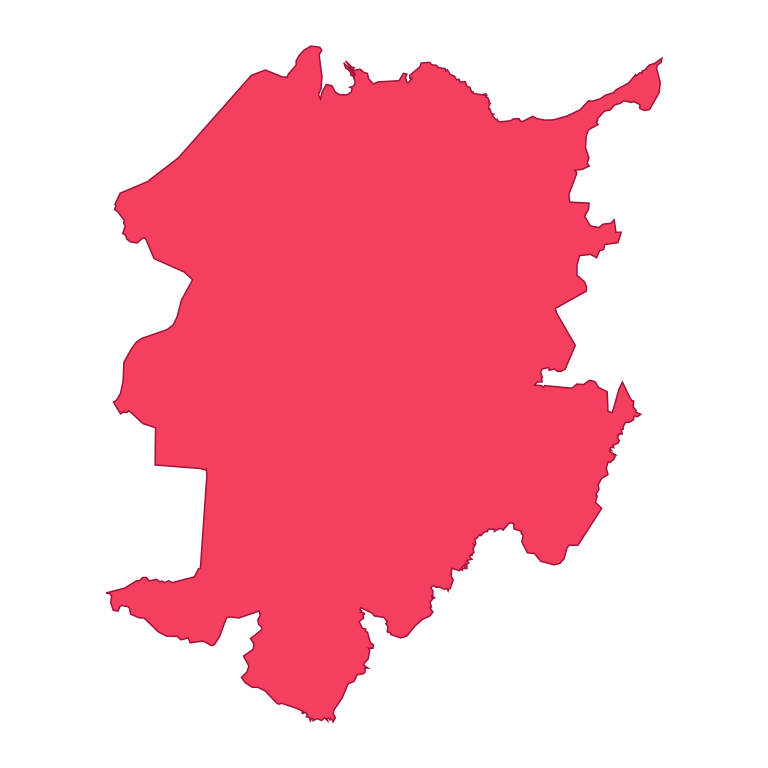 Mahates, Bolívar, Colombia
{"feature_id": "7082276B15071329852388", "entity_name": "Mahates", "entity_type": "district", "adm_level": 2, "iso_a3": "COL", "parent_name": "Colombia", "parent_adm1": "Bolívar", "projection": "orthographic", "projection_center": [-75.154, 10.168], "detail": "fine", "context": "isolated", "style": "filled", "palette": "rose", "viewbox_px": 768, "rotation_deg": 0, "n_neighbors": 0, "source": "geoboundaries", "source_scale": "gbopen_adm2", "svg_char_len": 6030}
<svg xmlns="http://www.w3.org/2000/svg" viewBox="0 0 768 768"><path d="M106.1,593.0L109.9,593.8L111.6,596.1L110.7,602.8L113.3,610.3L118.1,611.1L119.8,606.7L121.7,605.5L127.7,606.6L129.3,607.6L130.6,614.2L139.6,617.9L144.0,617.9L158.3,631.9L166.5,636.1L177.2,636.4L180.9,639.8L188.3,637.9L190.1,642.8L203.0,641.0L211.5,645.6L214.2,644.8L219.3,637.1L226.5,617.8L230.3,616.9L238.7,618.0L259.4,611.0L260.2,615.7L257.9,619.5L258.1,621.7L258.8,624.7L261.4,626.7L261.7,629.7L250.5,638.6L253.9,643.8L253.5,647.6L253.0,649.4L243.5,656.1L248.9,666.0L246.9,672.0L241.4,677.5L245.3,682.8L252.2,687.2L258.1,687.4L265.2,691.0L276.8,703.2L278.9,704.2L281.5,703.3L295.8,708.0L302.2,711.0L302.1,713.7L303.1,711.7L303.5,713.2L305.4,712.4L307.5,715.1L306.3,716.7L309.5,717.4L310.3,720.9L311.8,718.4L313.2,719.2L312.9,720.6L317.4,718.7L321.6,720.5L324.5,717.8L327.5,720.7L326.9,718.7L329.9,718.0L329.4,719.8L332.5,719.8L333.1,721.9L335.4,717.7L333.2,713.6L333.8,710.2L342.2,697.9L348.1,683.9L353.9,681.4L357.2,674.8L363.4,673.7L365.1,672.0L364.9,668.0L368.1,668.1L364.0,665.5L364.0,663.5L368.2,658.9L369.8,649.9L368.4,648.2L372.9,648.3L373.5,644.9L370.4,642.8L367.5,632.2L365.6,631.6L365.8,629.2L362.4,628.2L359.1,621.6L363.6,618.1L363.0,614.8L364.6,614.0L363.1,612.4L360.5,612.4L361.6,610.9L359.9,609.6L360.9,607.7L372.2,613.2L374.4,616.0L383.8,617.4L387.3,621.6L385.9,623.7L387.9,626.5L387.2,631.8L390.6,632.9L390.9,634.6L400.8,637.9L406.7,636.1L415.0,626.0L422.7,619.2L430.0,615.9L432.9,612.0L429.8,607.7L431.5,606.8L429.9,602.2L432.4,599.5L432.0,596.7L433.5,598.3L434.6,597.7L432.7,596.5L432.9,590.8L430.7,587.6L433.7,585.4L435.8,587.2L440.5,587.3L444.0,589.3L446.5,588.3L448.1,590.9L448.4,589.1L450.2,588.6L453.2,580.0L451.2,576.2L451.7,568.3L459.5,570.7L460.8,569.0L462.2,570.2L463.3,568.1L461.9,567.6L465.0,564.1L464.8,568.5L467.0,568.5L466.8,564.3L468.8,562.8L466.5,560.5L472.0,559.2L469.8,557.3L469.9,555.1L472.2,555.2L472.0,553.9L474.0,552.5L473.0,548.8L474.5,546.3L473.7,544.4L474.9,545.2L475.7,543.7L474.9,538.5L476.6,538.5L479.8,534.6L480.9,535.7L484.3,532.0L487.4,531.5L488.3,529.1L494.8,529.4L494.4,531.4L499.0,528.8L501.6,528.5L503.0,530.2L508.8,523.5L511.1,522.8L513.7,523.6L514.0,529.0L521.2,531.1L521.1,533.2L523.1,535.3L521.8,541.9L527.4,552.8L534.6,553.6L540.8,561.3L553.9,564.8L559.9,563.4L564.1,558.8L567.0,547.9L569.3,545.2L577.9,545.3L601.6,508.4L595.4,502.2L597.2,496.0L596.0,494.0L598.9,489.5L598.2,484.8L601.7,478.3L608.0,474.6L606.3,468.0L608.2,461.8L609.9,462.5L613.8,459.4L615.1,456.3L614.1,455.0L615.6,454.9L609.8,451.7L610.0,450.3L611.4,450.5L610.0,449.1L610.7,447.4L613.8,447.7L613.0,445.2L617.9,443.3L619.3,440.7L617.3,437.1L619.3,434.5L618.1,433.8L622.2,434.0L621.3,430.1L623.0,429.3L623.7,425.3L626.0,422.2L629.4,422.3L633.5,419.8L633.8,416.3L637.6,416.6L640.7,414.3L636.0,412.4L636.1,410.5L633.3,407.0L633.6,400.9L632.0,400.8L629.7,397.3L622.4,382.1L619.1,388.8L612.3,412.7L608.0,411.3L607.2,391.8L598.5,387.4L595.2,381.9L593.2,381.1L589.4,380.3L583.6,384.5L576.8,384.1L572.0,388.2L544.6,385.6L543.4,387.4L541.6,385.6L534.5,385.1L537.0,382.1L542.2,381.8L541.4,377.7L542.4,377.5L540.6,372.0L541.8,369.2L548.6,367.5L549.2,370.3L554.4,369.0L557.6,371.3L561.2,371.3L565.2,369.1L575.3,345.4L556.5,312.9L555.4,308.4L586.3,291.1L586.6,287.2L584.5,281.8L576.9,275.2L577.0,264.8L579.6,255.6L590.6,254.4L596.6,257.7L599.7,250.6L603.6,249.6L604.7,244.5L617.9,242.7L620.8,233.9L621.1,232.2L615.9,232.2L614.3,219.8L610.7,223.3L603.2,224.1L599.0,227.5L590.3,225.9L584.7,216.2L588.6,209.1L589.0,203.1L569.7,202.1L568.8,194.6L576.2,175.0L576.7,172.6L574.9,170.2L582.3,169.3L589.3,166.0L587.1,163.3L588.9,158.0L585.5,147.6L586.2,136.4L588.4,129.9L598.0,124.5L596.3,122.0L597.8,120.1L597.2,119.1L604.3,111.1L610.4,110.0L614.6,104.9L620.5,103.3L623.6,100.7L631.5,102.5L633.7,101.5L640.0,104.7L639.7,108.4L644.6,110.5L649.5,109.6L659.2,92.6L660.2,82.5L656.6,68.3L657.3,65.2L661.2,62.4L661.9,58.2L654.7,63.4L649.4,65.0L644.3,70.5L642.3,70.7L642.1,73.1L639.8,72.7L636.6,75.8L635.6,74.6L628.5,83.1L616.4,89.6L613.4,92.7L605.2,95.3L600.3,98.8L592.0,101.3L588.7,100.7L580.2,109.7L567.1,116.0L553.3,119.9L544.8,120.1L537.3,118.7L532.8,116.3L522.7,121.5L520.5,121.2L519.2,118.8L513.7,118.7L510.5,120.8L500.2,121.8L497.1,120.8L497.3,119.3L495.8,119.6L492.3,115.8L493.9,114.2L491.4,113.4L490.1,109.1L488.9,109.3L488.7,105.9L490.4,103.4L488.7,102.6L489.3,101.0L487.6,97.4L485.8,97.0L486.8,95.2L484.7,95.2L485.6,93.9L481.7,94.8L473.8,93.5L472.9,91.7L471.8,92.2L469.8,87.3L466.7,86.0L465.3,81.6L460.2,82.2L459.0,79.2L456.6,79.8L454.7,76.4L450.1,74.3L447.4,69.8L445.7,71.2L445.2,68.7L438.3,67.5L436.6,65.4L431.8,64.8L429.5,62.3L421.2,63.0L419.8,66.9L409.8,75.3L409.9,78.5L412.2,78.4L408.3,82.7L406.9,82.4L405.5,77.7L406.9,74.1L403.5,73.4L399.0,80.7L377.9,81.9L373.4,84.0L368.4,78.5L367.5,73.4L364.0,72.5L360.0,69.1L354.3,70.4L352.9,68.9L354.1,67.6L351.7,67.0L345.6,60.9L355.3,74.5L354.4,76.3L351.5,70.7L343.8,62.8L345.8,68.3L348.2,69.4L350.8,72.9L350.8,75.2L353.4,76.5L355.2,81.9L354.2,85.8L349.9,87.3L352.0,88.3L351.5,91.7L347.3,94.9L339.3,94.6L335.3,92.0L331.9,85.7L326.3,84.5L322.0,92.1L320.4,98.9L318.5,94.7L321.0,88.7L322.0,76.8L319.1,54.8L321.8,50.3L319.7,47.2L310.8,46.1L304.0,50.2L299.2,55.4L296.2,60.8L296.1,65.1L288.3,74.1L287.2,77.2L282.3,76.9L265.4,70.0L251.4,75.3L178.4,157.8L147.3,181.7L120.2,193.2L115.0,204.2L116.0,206.2L114.5,209.5L117.3,211.2L124.3,220.4L123.6,223.4L125.3,225.8L122.7,233.6L125.6,235.1L126.9,239.2L130.4,241.9L137.2,243.0L143.0,237.8L145.5,238.4L154.1,258.6L184.3,272.1L192.6,279.7L181.5,300.0L177.0,317.1L173.4,324.6L167.1,329.6L141.7,338.4L136.2,342.3L131.5,348.7L123.9,362.3L123.1,380.9L120.6,393.0L116.9,399.7L113.5,402.3L120.6,413.9L122.9,412.2L127.1,412.4L128.9,410.6L143.1,423.7L155.5,427.7L155.1,465.0L200.3,468.5L205.5,470.0L206.2,469.1L206.9,475.0L200.4,568.0L198.4,568.9L194.4,576.8L172.3,582.6L168.6,580.8L164.7,582.6L162.0,581.0L160.0,581.8L156.3,579.3L149.0,581.0L146.5,577.5L142.7,577.5L139.7,580.5L136.3,580.9L124.7,588.1L106.1,593.0Z" fill="#f43f5e" stroke="#9f1239" stroke-width="1.5"/></svg>